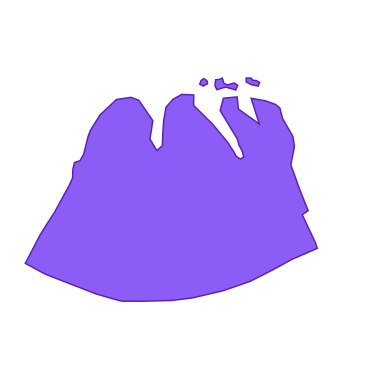 the district of Dngronger, Palau, rotated 18°
{"feature_id": "81905179B16593070408987", "entity_name": "Dngronger", "entity_type": "district", "adm_level": 2, "iso_a3": "PLW", "parent_name": "Palau", "parent_adm1": "", "projection": "mercator", "projection_center": [134.479, 7.344], "detail": "fine", "context": "isolated", "style": "filled", "palette": "violet", "viewbox_px": 384, "rotation_deg": 18, "n_neighbors": 0, "source": "geoboundaries", "source_scale": "gbopen_adm2", "svg_char_len": 1339}
<svg xmlns="http://www.w3.org/2000/svg" viewBox="0 0 384 384"><g transform="rotate(18 192 192)"><path d="M249.5,84.9L244.6,83.0L233.5,82.6L219.3,84.6L235.0,106.5L210.5,98.8L205.5,87.6L192.9,93.1L193.6,105.8L218.7,127.6L222.5,133.2L227.0,137.5L230.4,142.7L227.7,145.7L223.0,144.4L219.5,141.0L215.1,137.5L210.6,133.7L190.6,121.1L166.8,109.2L163.7,99.2L152.2,102.3L145.3,109.6L141.1,119.3L143.0,132.8L146.5,146.7L149.5,157.0L145.8,163.5L135.7,154.7L132.7,136.3L113.1,121.2L104.7,120.8L91.6,127.4L80.7,147.1L76.3,165.0L76.0,171.5L77.3,189.5L75.8,196.9L71.1,200.3L71.7,207.2L74.1,215.7L73.1,224.2L67.5,253.8L63.1,270.6L60.9,279.2L55.5,311.4L77.9,315.5L132.2,318.6L150.4,318.0L157.8,317.6L160.0,317.2L176.8,311.8L206.1,301.5L225.1,292.6L252.2,276.2L275.1,258.8L292.0,242.0L308.2,224.8L314.0,219.8L328.5,206.9L325.0,202.0L303.9,179.6L308.2,173.8L293.3,155.9L277.6,135.6L275.4,117.2L270.8,108.0L255.5,94.2L249.5,84.9ZM202.5,76.4L198.4,75.3L195.0,77.6L193.5,78.8L191.0,79.1L188.8,78.8L185.7,74.4L183.3,76.4L179.8,78.0L181.0,83.9L184.1,87.0L188.4,83.9L191.7,81.9L198.6,81.5L202.1,81.5L202.5,76.4ZM222.2,70.9L222.4,66.9L218.9,66.1L215.4,66.9L213.0,65.4L208.3,66.9L209.5,70.5L215.0,71.6L222.2,70.9ZM167.7,80.8L166.1,83.5L166.1,87.1L170.0,87.8L173.2,84.3L172.4,82.0L170.0,80.8L167.7,80.8Z" fill="#8b5cf6" stroke="#5b21b6" stroke-width="1.5"/></g></svg>